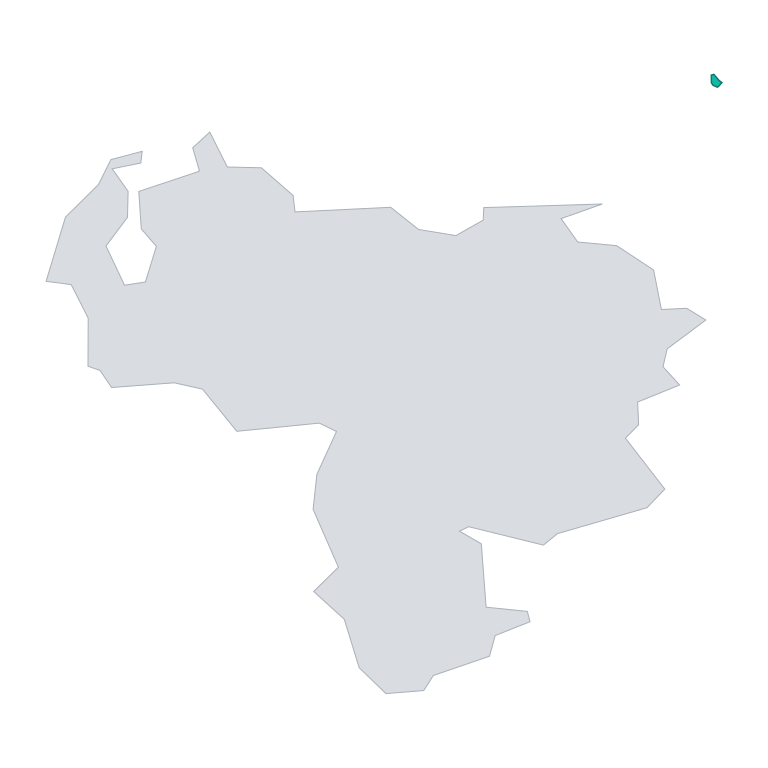 Barbados and the surrounding countries
{"feature_id": "BRB", "entity_name": "Barbados", "entity_type": "country or territory", "adm_level": 0, "iso_a3": "BRB", "parent_name": "North America", "parent_adm1": "", "projection": "mercator", "projection_center": [-59.546, 13.19], "detail": "fine", "context": "with_neighbors", "style": "filled", "palette": "teal", "viewbox_px": 768, "rotation_deg": 0, "n_neighbors": 1, "source": "natural_earth", "source_scale": "50m", "svg_char_len": 1163}
<svg xmlns="http://www.w3.org/2000/svg" viewBox="0 0 768 768"><path d="M625.4,438.2L664.8,489.1L647.0,507.7L557.5,533.6L543.4,545.1L468.6,526.7L459.5,531.2L481.3,543.8L486.1,607.2L527.3,611.4L530.0,621.7L495.2,635.5L489.5,656.2L433.3,675.5L423.8,690.5L386.0,693.6L359.2,667.8L344.3,619.3L313.7,591.5L338.4,567.2L313.1,509.3L316.9,474.3L336.5,431.5L319.3,423.1L236.8,431.3L202.5,389.1L174.2,382.8L111.6,387.5L100.0,370.4L88.0,366.3L88.2,318.1L71.2,284.6L46.1,281.3L65.5,217.1L98.5,184.5L110.9,159.6L142.2,151.3L140.8,163.0L112.2,168.8L128.1,191.4L127.5,217.3L106.0,246.0L124.5,285.2L145.4,282.0L156.4,246.3L141.3,228.9L138.8,191.4L199.5,171.2L192.7,147.8L209.8,132.1L227.3,167.0L261.4,167.8L293.1,195.5L295.0,211.9L390.7,207.3L418.6,229.5L455.9,235.6L483.2,220.1L483.8,207.6L602.4,204.0L561.1,218.6L577.7,242.0L616.7,245.7L653.6,270.0L661.4,309.5L686.7,308.3L705.8,320.0L667.2,348.8L663.0,366.8L679.6,385.0L637.6,402.0L638.6,424.7L625.4,438.2Z" fill="#d9dde1" stroke="#a8b0b8" stroke-width="1"/><path d="M718.7,86.2L717.3,87.2L713.0,85.2L711.4,82.8L711.3,75.1L713.9,74.4L719.0,80.4L721.9,82.6L718.7,86.2Z" fill="#14b8a6" stroke="#0f766e" stroke-width="1.5"/></svg>